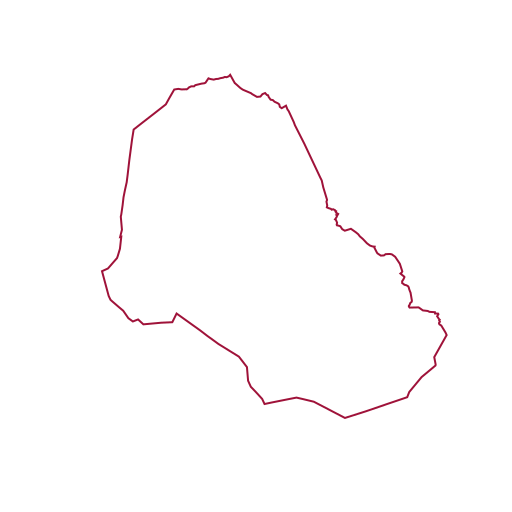 outline of San Martín Huamelúlpam, Oaxaca, Mexico, rotated 70°
{"feature_id": "50627088B44400770228154", "entity_name": "San Martín Huamelúlpam", "entity_type": "district", "adm_level": 2, "iso_a3": "MEX", "parent_name": "Mexico", "parent_adm1": "Oaxaca", "projection": "natural_earth1", "projection_center": [-97.612, 17.395], "detail": "fine", "context": "isolated", "style": "outline", "palette": "rose", "viewbox_px": 512, "rotation_deg": 70, "n_neighbors": 0, "source": "geoboundaries", "source_scale": "gbopen_adm2", "svg_char_len": 2860}
<svg xmlns="http://www.w3.org/2000/svg" viewBox="0 0 512 512"><g transform="rotate(70 256 256)"><path d="M76.9,218.3L77.8,220.0L77.9,221.4L77.9,222.6L77.1,224.0L77.2,225.9L76.7,228.7L76.6,231.0L76.0,233.0L75.8,235.4L74.0,238.5L72.8,239.9L75.9,244.2L76.0,245.5L75.6,247.3L75.4,248.2L74.7,254.6L75.4,256.2L74.4,258.9L74.5,259.4L74.6,261.2L75.2,262.4L75.7,264.1L75.3,265.0L74.0,269.0L72.4,271.8L72.1,273.2L71.6,275.9L78.0,283.5L82.7,288.9L85.7,298.1L91.8,317.0L95.3,327.7L103.9,332.5L122.5,342.2L135.7,348.8L142.5,352.3L149.4,356.7L155.5,360.4L162.7,364.0L170.9,368.4L172.8,369.6L185.5,373.0L191.7,377.2L191.8,376.0L202.7,381.4L208.6,385.8L210.4,387.3L217.1,399.4L217.6,405.9L243.1,408.1L247.4,407.7L249.3,406.7L252.7,404.8L257.7,402.0L262.0,399.5L270.8,397.2L275.4,394.1L275.3,388.5L281.7,385.2L286.3,367.8L289.6,357.3L282.9,350.3L306.7,334.0L314.7,328.9L321.9,324.0L325.8,321.4L328.7,319.1L336.1,313.3L344.7,306.5L357.3,302.5L370.5,306.1L377.1,305.6L383.2,302.9L392.4,299.1L398.0,298.6L399.0,291.6L401.6,274.6L402.9,266.4L406.2,261.3L412.7,251.5L438.6,227.8L439.5,206.3L439.9,186.1L439.9,184.9L440.3,167.3L440.4,162.2L436.2,158.5L426.4,141.8L420.3,124.8L419.4,124.3L412.0,123.1L395.5,103.9L392.7,104.1L384.7,105.7L383.0,107.0L382.1,107.1L381.5,106.9L380.7,105.7L379.2,105.9L378.7,105.2L378.2,105.5L374.6,106.4L373.1,104.5L372.8,104.5L372.4,104.6L371.5,106.8L371.3,107.4L370.0,107.1L367.8,112.1L366.4,113.4L364.2,117.8L361.0,120.0L359.9,120.8L357.0,129.3L356.4,129.5L355.6,129.6L355.0,129.3L354.5,128.4L354.0,128.0L353.0,127.2L352.7,126.5L352.5,125.7L351.6,124.9L350.9,124.7L343.2,123.3L342.2,123.4L339.7,123.4L337.7,123.2L336.5,123.4L335.0,124.6L333.7,126.5L333.1,126.7L331.5,127.9L329.7,127.3L328.7,125.9L328.5,125.6L326.7,123.8L326.2,123.7L323.6,125.3L321.9,126.3L321.4,124.8L320.7,124.0L320.5,123.8L312.5,123.5L304.3,125.5L300.9,127.8L299.9,129.5L299.6,130.4L298.6,133.6L299.2,135.6L298.3,138.6L295.0,141.0L293.5,141.3L288.7,141.9L287.8,141.3L286.9,143.2L285.2,145.3L282.0,147.4L276.7,149.7L275.2,150.5L273.1,151.7L270.5,152.5L267.8,154.1L262.9,157.5L262.6,163.9L260.3,165.8L256.9,166.6L256.0,167.7L255.3,168.7L254.9,169.4L254.2,169.5L252.4,168.4L249.3,168.6L248.6,169.2L247.2,167.2L246.6,166.6L246.0,166.1L245.1,166.4L245.2,165.1L244.6,164.4L242.7,165.9L241.4,165.4L241.2,166.1L239.9,166.1L238.4,167.6L238.4,169.0L237.3,169.5L235.8,171.5L234.5,172.8L232.9,171.8L229.0,171.2L227.7,170.1L227.2,170.0L214.5,169.3L207.5,168.4L204.0,168.8L167.0,172.2L146.4,174.7L143.1,174.7L131.3,175.7L129.9,176.0L129.2,176.3L125.0,176.4L125.9,181.3L124.0,182.6L121.5,182.3L119.9,183.3L117.4,185.8L115.2,186.9L114.1,188.8L110.9,189.7L109.1,189.7L108.4,190.7L106.0,191.7L106.1,194.6L107.7,197.3L106.8,200.7L102.5,204.3L101.3,205.0L95.4,211.3L94.0,212.4L92.5,213.4L88.7,215.4L87.1,216.3L86.6,216.5L86.3,216.8L76.9,218.3Z" fill="none" stroke="#9f1239" stroke-width="2"/></g></svg>